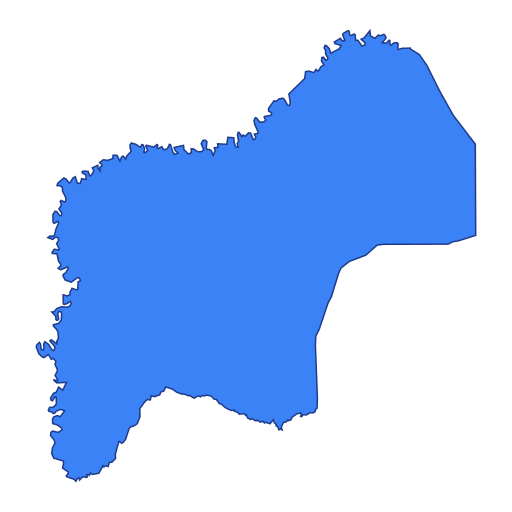 Srei Snam, Siemréab, Cambodia
{"feature_id": "14789045B20836207890742", "entity_name": "Srei Snam", "entity_type": "district", "adm_level": 2, "iso_a3": "KHM", "parent_name": "Cambodia", "parent_adm1": "Siemréab", "projection": "natural_earth1", "projection_center": [103.506, 13.832], "detail": "fine", "context": "isolated", "style": "filled", "palette": "blue", "viewbox_px": 512, "rotation_deg": 0, "n_neighbors": 0, "source": "geoboundaries", "source_scale": "gbopen_adm2", "svg_char_len": 5852}
<svg xmlns="http://www.w3.org/2000/svg" viewBox="0 0 512 512"><path d="M75.9,481.3L77.5,478.4L79.2,478.1L79.6,480.0L82.6,476.8L86.7,477.4L87.5,476.7L86.5,474.9L88.3,474.5L89.5,475.4L90.6,473.0L92.5,474.4L98.8,473.3L103.1,465.7L103.9,466.9L105.7,465.8L108.1,466.6L109.5,462.3L111.9,462.2L115.6,458.4L115.3,454.2L118.7,442.1L119.3,441.4L121.7,443.3L123.4,442.2L125.6,439.3L129.1,428.5L130.8,426.7L133.5,426.2L137.2,423.7L140.0,416.8L139.8,408.7L144.5,402.1L147.4,399.5L150.3,400.0L151.3,395.7L154.4,396.7L159.8,394.8L160.8,392.0L163.9,391.0L165.6,387.0L172.4,389.1L176.7,392.2L182.5,394.3L183.3,393.7L188.6,395.8L189.4,395.3L194.1,398.2L198.0,395.9L200.7,396.8L202.0,395.5L204.4,396.0L206.7,395.0L211.5,396.2L214.0,399.1L216.4,399.5L219.5,403.8L221.4,404.0L225.2,407.6L231.0,410.4L234.4,410.2L234.2,411.1L237.5,412.3L239.3,414.2L244.6,413.7L245.6,415.4L246.4,414.9L247.7,418.0L250.5,419.5L252.7,418.6L254.1,420.2L256.1,420.9L257.3,420.1L260.1,422.1L262.9,421.3L264.4,423.0L265.2,422.3L270.1,423.7L273.3,419.6L274.3,422.7L276.3,424.5L276.0,425.8L277.9,426.7L278.8,429.8L280.4,429.0L282.1,429.9L281.3,427.2L283.3,422.6L286.4,421.8L287.8,419.8L288.4,420.7L290.9,419.9L292.1,417.2L296.7,413.9L300.8,413.0L301.3,414.5L300.6,416.4L301.7,416.6L303.1,414.7L306.4,414.9L310.2,412.7L313.1,412.9L315.1,411.7L315.5,409.4L317.1,408.2L317.4,398.1L315.4,345.4L315.8,336.2L319.2,329.3L328.0,303.1L331.4,296.7L338.6,273.3L341.0,268.0L349.4,261.4L365.9,255.1L377.1,245.1L383.5,244.3L448.2,244.1L452.6,241.8L458.5,240.8L475.7,235.4L475.3,144.1L453.3,115.4L439.7,91.1L427.0,65.6L419.4,54.6L410.7,49.2L410.4,48.1L402.1,48.3L398.4,49.5L397.8,48.7L398.2,43.8L396.9,42.6L393.8,42.9L391.1,45.3L390.0,44.5L389.8,40.4L388.9,40.3L386.6,43.1L382.1,42.8L386.1,38.0L385.2,35.6L383.9,34.3L380.6,35.8L378.3,35.0L375.0,38.3L370.5,36.0L369.9,30.7L363.9,38.1L361.1,39.2L365.3,43.2L365.1,44.7L362.1,46.2L357.9,40.3L355.6,40.2L355.2,34.8L354.0,34.0L350.9,35.6L349.9,35.1L349.0,30.9L347.5,30.9L343.1,33.5L342.7,34.8L344.9,40.6L342.3,41.0L340.4,38.3L334.3,42.0L335.0,43.7L341.2,45.4L339.3,48.7L330.8,53.3L329.2,48.5L326.4,45.6L325.0,45.4L324.1,47.9L325.6,50.3L325.6,53.9L327.9,58.0L327.6,59.2L326.0,60.4L323.5,57.2L321.8,57.5L321.5,61.1L323.9,64.8L320.8,66.9L318.7,70.7L317.8,71.0L316.1,69.4L313.8,72.6L308.8,71.1L305.6,71.6L304.6,78.6L288.9,93.9L290.3,102.8L289.3,105.6L287.6,105.1L284.4,99.4L282.9,98.2L279.2,98.8L276.2,101.4L274.1,100.7L269.4,107.2L268.5,108.7L268.6,111.1L271.6,112.8L271.2,115.2L264.5,116.5L264.1,117.2L265.8,120.1L264.2,121.7L259.9,122.3L256.8,118.3L255.6,117.6L254.8,118.5L254.0,120.5L254.7,124.4L258.1,131.9L258.1,133.2L254.3,134.2L255.9,137.2L254.8,139.3L253.3,139.6L250.5,133.0L248.6,132.8L245.2,136.4L243.1,135.0L241.9,136.8L239.1,132.4L238.2,132.3L237.5,134.6L238.6,141.5L237.1,143.7L238.4,147.1L236.8,147.3L235.4,146.2L234.1,142.5L233.8,137.8L227.9,137.3L226.8,144.3L217.6,143.8L218.1,147.4L214.3,147.7L215.1,150.9L213.2,155.3L211.3,150.7L209.1,149.4L207.0,149.6L206.3,147.6L206.9,141.7L205.3,140.1L202.9,140.4L201.2,143.7L203.6,149.6L202.3,151.4L198.1,151.9L193.4,148.9L191.2,148.7L191.4,152.6L188.4,154.0L184.0,149.6L183.5,145.4L174.1,147.5L175.4,150.7L178.1,153.0L174.8,154.4L172.9,152.2L170.5,144.7L169.4,144.3L167.6,148.4L164.9,149.7L163.5,149.3L161.8,146.6L158.1,148.6L157.1,147.9L157.8,145.2L156.9,144.5L153.7,147.1L146.3,145.2L145.7,146.1L147.8,150.6L144.7,152.9L143.9,152.4L144.6,148.7L143.1,144.9L141.8,144.6L140.7,146.9L139.6,146.9L135.7,144.2L131.4,143.0L130.1,144.5L130.0,147.2L131.1,151.4L126.7,156.1L125.7,159.1L123.2,156.1L121.7,156.8L119.9,161.1L117.2,155.5L115.4,155.1L113.0,155.3L112.9,158.6L107.7,160.3L103.2,159.8L99.6,162.6L101.4,164.0L102.0,166.2L99.8,167.3L100.1,170.8L98.0,168.3L97.8,165.3L92.3,167.8L93.9,171.1L90.9,175.7L89.7,175.9L88.1,171.4L82.9,171.1L82.0,172.1L82.5,173.1L85.9,174.9L86.2,179.4L81.7,178.7L80.2,183.6L77.3,183.0L75.3,176.7L72.9,178.1L70.0,182.8L68.9,182.7L66.2,179.1L63.9,177.9L57.8,183.2L57.0,185.6L60.1,185.8L62.4,187.5L62.5,191.0L65.7,197.5L65.9,200.6L64.9,202.0L61.0,200.4L60.2,201.5L61.5,205.1L58.9,208.9L61.9,213.4L61.2,215.5L59.8,215.7L56.5,211.4L55.0,211.3L52.9,214.5L53.0,222.2L54.1,223.4L58.1,221.3L58.6,223.2L56.1,228.7L54.6,234.8L53.5,236.1L49.9,236.1L47.8,237.6L52.6,239.4L56.0,237.0L58.5,238.2L58.4,240.7L56.6,243.7L59.2,248.9L59.0,250.0L54.3,249.2L52.1,252.2L52.2,253.5L57.0,253.8L58.6,261.4L60.6,264.1L60.7,265.8L58.1,268.4L60.7,269.8L67.4,267.0L68.3,268.4L65.8,272.6L63.2,274.5L62.9,275.7L65.0,279.9L71.2,282.2L77.6,277.6L79.5,278.2L80.5,280.6L78.2,281.7L77.7,289.4L76.4,289.8L72.0,288.3L69.9,292.4L70.1,294.7L67.1,295.9L63.1,294.8L63.3,303.9L64.2,304.5L66.9,303.7L70.3,301.4L71.3,303.4L70.0,305.8L67.3,307.2L61.5,306.7L56.8,308.5L54.1,311.8L51.8,312.0L55.7,316.2L56.0,319.6L56.7,320.3L58.2,319.9L58.7,318.6L57.7,314.1L58.8,311.4L61.1,311.9L61.7,314.3L61.2,320.3L58.5,323.4L53.4,324.7L53.3,325.9L56.8,329.7L58.0,332.5L58.4,338.2L56.8,341.3L56.8,343.9L51.9,340.1L50.9,339.8L49.9,341.0L54.9,346.7L54.4,350.0L53.7,350.6L51.7,349.5L48.7,344.5L44.9,341.7L43.7,344.0L44.0,348.5L43.1,350.1L41.2,349.3L40.5,343.9L39.3,342.4L36.7,345.0L36.3,347.2L38.9,353.8L42.2,356.9L44.0,357.6L48.4,354.5L51.3,359.3L53.1,358.4L55.9,361.2L55.0,364.6L57.3,369.2L57.2,371.3L55.1,375.4L57.8,380.0L57.4,380.8L54.0,379.9L54.2,380.7L56.9,382.9L66.5,382.4L62.7,390.2L58.6,387.1L56.3,392.1L53.6,393.2L50.5,398.1L51.1,400.2L52.5,400.8L54.8,397.0L56.1,397.0L56.4,403.1L55.7,405.0L53.1,407.3L49.6,407.4L48.3,410.1L48.7,411.2L51.9,412.1L53.2,413.5L54.6,413.3L56.3,411.1L60.6,409.4L64.6,410.7L60.4,416.6L57.1,415.6L53.5,417.1L52.5,419.4L52.7,423.6L57.0,424.8L61.3,427.7L62.1,429.8L58.1,432.4L52.7,431.0L51.0,432.3L50.5,435.5L54.0,439.8L55.1,442.7L52.4,448.1L51.7,453.6L53.8,458.2L63.1,460.9L63.6,462.8L62.6,468.1L68.3,472.0L68.4,473.1L66.2,475.9L66.8,476.8L74.2,479.3L75.9,481.3Z" fill="#3b82f6" stroke="#1e3a8a" stroke-width="1.5"/></svg>